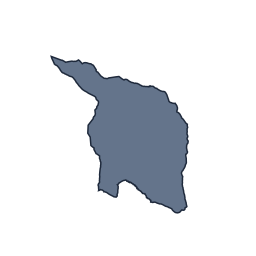 Breaza, Suceava, Romania, rotated 63°
{"feature_id": "2599482B22435462631292", "entity_name": "Breaza", "entity_type": "district", "adm_level": 2, "iso_a3": "ROU", "parent_name": "Romania", "parent_adm1": "Suceava", "projection": "natural_earth1", "projection_center": [25.34, 47.631], "detail": "fine", "context": "isolated", "style": "filled", "palette": "slate", "viewbox_px": 256, "rotation_deg": 63, "n_neighbors": 0, "source": "geoboundaries", "source_scale": "gbopen_adm2", "svg_char_len": 5813}
<svg xmlns="http://www.w3.org/2000/svg" viewBox="0 0 256 256"><g transform="rotate(63 128 128)"><path d="M184.2,169.9L183.7,168.6L183.6,168.4L182.6,168.1L182.2,167.8L181.4,166.9L180.5,166.2L179.4,165.7L177.9,164.7L177.5,164.3L177.0,164.1L175.9,163.4L175.1,163.2L173.6,163.2L173.6,162.0L173.3,161.4L172.9,161.0L172.9,160.4L172.9,159.7L172.7,158.3L172.7,156.0L172.9,155.6L172.9,155.2L173.2,154.5L173.2,154.0L173.2,153.8L173.5,153.5L173.9,153.3L174.1,153.0L174.5,153.1L174.8,153.2L175.2,152.6L175.7,152.3L175.7,152.0L176.3,152.1L176.3,151.7L176.7,151.5L176.8,151.2L177.1,151.3L177.4,151.3L177.5,151.2L177.5,150.9L177.7,150.7L177.6,150.2L177.9,150.1L178.1,150.2L178.3,150.0L178.6,149.9L178.6,149.7L179.2,149.6L179.6,149.4L179.7,149.2L179.9,149.1L180.1,148.8L180.3,148.8L180.7,149.0L180.8,149.0L180.9,148.9L181.0,148.7L181.3,148.3L181.5,148.1L181.9,148.1L182.0,147.9L182.1,147.7L182.3,147.6L182.6,147.6L182.8,148.0L183.0,147.9L183.0,147.6L183.4,147.6L183.4,147.4L183.5,147.3L183.8,147.3L184.1,147.4L184.6,147.3L184.7,147.1L184.8,147.1L185.3,147.3L185.2,147.0L185.3,147.0L185.7,147.1L185.9,147.3L186.1,147.2L186.4,147.2L186.6,146.8L187.0,146.7L187.2,146.9L187.8,146.9L188.0,146.6L188.3,146.4L189.1,145.9L189.5,145.6L189.9,145.6L190.1,145.3L190.3,145.3L190.6,145.1L191.1,145.0L191.4,145.1L192.2,144.7L192.7,144.8L192.9,144.7L193.3,144.3L193.6,143.6L193.8,143.3L194.2,143.2L194.4,142.8L194.6,142.9L194.9,142.9L195.1,142.9L195.3,142.8L195.9,142.7L196.1,142.6L197.1,142.7L197.4,142.8L197.6,142.9L198.4,143.1L198.7,142.8L198.9,142.4L199.0,142.4L199.1,142.6L199.4,142.3L199.9,142.3L200.1,142.2L200.3,141.8L200.6,141.5L200.7,141.4L201.1,141.3L201.4,141.1L202.3,141.0L202.4,140.9L202.7,140.9L202.9,140.6L204.3,141.4L204.7,140.7L205.5,139.9L205.6,139.4L205.8,139.1L205.8,138.8L205.9,138.6L206.2,137.8L206.9,137.0L207.7,136.5L210.0,134.3L210.7,133.0L210.9,132.8L212.4,131.6L214.4,130.3L215.1,129.7L215.8,128.8L216.5,128.2L217.1,128.0L217.3,127.8L217.5,127.5L219.8,125.7L220.5,125.7L221.4,125.6L222.9,125.1L224.6,124.3L225.1,123.8L226.1,122.4L226.2,121.8L226.4,121.3L226.5,120.1L226.1,119.0L225.5,117.6L225.5,117.1L226.3,116.3L226.6,115.2L226.3,114.3L224.9,113.2L224.9,112.9L225.0,112.2L224.9,111.6L224.7,111.2L222.1,110.6L221.2,110.2L220.6,110.1L220.0,110.0L218.2,109.6L217.5,109.6L216.8,109.4L215.9,108.9L213.2,108.0L211.4,107.8L208.6,106.8L208.2,106.8L207.1,106.5L206.1,106.1L204.9,106.0L203.9,105.6L202.6,105.2L201.7,104.4L200.0,103.7L198.8,102.9L198.0,102.6L195.9,101.2L195.2,101.4L194.6,101.3L192.8,101.0L192.2,100.7L191.0,99.3L190.8,98.4L189.9,97.2L189.4,96.3L188.5,95.0L187.5,94.0L187.0,93.7L186.7,93.4L186.4,92.8L185.5,91.8L183.1,90.7L181.5,89.9L179.4,89.3L178.6,89.0L178.1,88.7L177.6,88.4L177.7,87.8L177.3,86.9L176.9,86.3L176.3,85.8L175.4,85.8L173.1,85.1L172.5,85.0L170.1,83.6L169.1,82.6L168.8,81.7L168.5,81.4L167.4,80.6L166.7,80.3L165.4,80.5L164.3,80.2L163.8,79.9L163.5,79.3L162.7,78.6L161.7,78.3L160.2,78.2L158.9,77.5L158.5,77.1L157.9,76.8L157.2,76.6L156.8,76.3L155.5,75.7L155.2,75.3L154.6,74.6L153.0,74.2L152.3,73.9L151.6,73.4L150.0,74.2L145.6,74.8L144.2,75.2L143.3,75.7L142.5,75.4L139.0,75.5L138.5,75.8L137.6,75.9L135.8,77.2L134.4,76.4L134.3,75.9L132.6,74.8L130.1,74.4L127.3,74.8L127.2,75.5L126.0,77.2L125.1,77.9L124.5,78.7L122.9,79.4L121.4,79.1L115.9,78.3L113.1,78.5L112.3,78.9L111.6,79.6L111.4,80.3L109.6,82.2L106.5,84.2L105.8,84.3L105.4,84.8L105.0,85.4L104.3,85.8L102.4,86.6L101.8,87.5L101.4,88.4L100.7,88.9L100.9,89.5L100.7,89.6L101.0,89.8L100.6,90.3L100.4,90.7L100.6,90.9L100.0,91.8L99.8,92.0L98.9,93.8L98.3,94.4L98.2,95.0L97.3,96.0L97.0,96.5L96.1,96.9L95.4,97.6L94.5,98.0L92.4,99.6L92.0,100.3L91.4,101.0L91.4,101.6L89.6,103.3L89.1,104.0L88.9,104.4L88.3,104.6L87.6,105.2L86.1,106.1L85.3,106.4L84.3,107.0L83.9,107.5L83.7,107.8L83.3,108.6L83.4,109.7L83.2,109.8L82.5,110.4L81.3,111.1L78.0,112.7L76.8,116.0L74.6,122.6L74.7,123.5L74.5,124.3L73.7,125.3L72.9,126.7L69.3,128.6L64.4,129.6L63.9,130.2L62.5,130.5L61.6,129.9L56.4,130.4L55.1,131.4L54.4,131.6L53.7,132.3L53.2,133.1L52.1,134.3L51.3,135.0L50.3,136.5L49.9,137.6L50.0,139.6L46.5,140.5L44.9,141.2L44.9,141.4L45.0,142.6L45.0,144.2L44.4,145.0L44.3,145.5L44.0,146.2L43.0,147.6L42.6,148.5L42.5,149.2L42.1,150.1L41.1,153.8L40.5,154.0L38.1,155.6L37.6,156.0L37.5,156.4L29.4,163.9L31.0,164.2L32.9,164.3L34.6,164.3L35.4,164.4L36.6,164.4L37.4,164.6L38.2,164.2L38.8,164.1L39.1,163.7L39.7,163.4L40.2,162.9L41.3,162.6L41.9,162.5L43.0,162.2L43.6,162.2L44.6,162.0L46.2,162.0L47.7,161.6L48.3,161.6L49.5,160.9L49.9,160.3L50.2,160.1L50.7,159.9L51.2,159.6L52.0,158.8L52.5,158.6L53.7,157.5L54.8,156.9L55.7,156.1L56.7,154.9L57.7,154.3L58.4,154.1L58.8,153.9L59.8,153.8L61.5,153.4L64.2,153.3L65.3,152.9L68.1,152.5L70.0,151.9L72.1,151.4L72.5,151.2L73.3,150.9L75.3,149.8L77.1,148.5L79.0,147.5L82.0,145.3L82.7,144.7L83.1,144.5L84.1,143.7L85.2,143.1L85.8,142.9L86.3,142.9L87.8,143.2L88.2,143.2L89.7,142.7L90.6,142.3L90.9,142.3L91.6,142.5L92.8,143.4L94.1,144.5L94.4,145.3L95.1,146.4L95.7,146.6L96.1,146.9L96.5,147.9L96.7,148.8L97.0,149.3L97.8,149.7L98.4,149.8L99.5,150.3L100.5,150.6L101.3,151.3L101.6,151.6L102.3,152.6L102.3,152.8L102.3,153.1L102.6,153.7L103.2,154.4L103.9,154.8L107.4,162.2L114.4,166.2L118.9,165.8L124.8,168.2L126.8,169.0L128.7,168.2L130.5,167.3L131.0,167.7L131.9,168.1L134.9,168.0L136.3,168.1L136.9,167.6L139.9,166.0L142.2,167.2L143.9,167.3L144.7,167.7L145.1,167.8L146.0,167.7L148.0,168.7L148.9,169.4L150.3,170.1L151.4,171.1L152.9,172.1L156.8,174.6L158.4,175.2L159.4,175.8L159.8,176.2L160.5,176.4L161.6,177.2L163.3,177.9L163.8,178.4L164.0,178.8L164.0,179.1L164.4,179.7L165.2,180.5L165.4,180.6L166.6,180.8L169.1,181.9L170.0,182.2L170.4,182.6L170.6,181.5L170.4,180.4L170.9,180.0L171.8,178.9L173.3,178.3L173.9,178.4L173.9,178.1L175.7,176.3L178.6,174.8L179.5,174.1L180.6,173.4L181.4,172.7L182.9,171.8L184.2,169.9Z" fill="#64748b" stroke="#1e293b" stroke-width="1.5"/></g></svg>